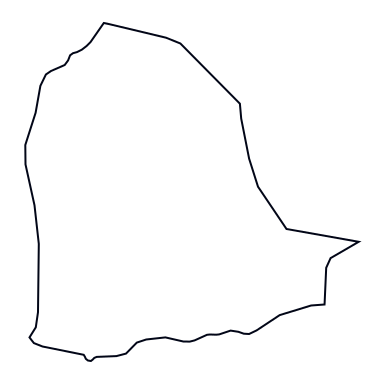 outline of Dikhil
{"feature_id": "DJI-1569", "entity_name": "Dikhil", "entity_type": "Region", "adm_level": 1, "iso_a3": "DJI", "parent_name": "Djibouti", "parent_adm1": "", "projection": "mercator", "projection_center": [42.104, 11.405], "detail": "fine", "context": "isolated", "style": "outline", "palette": "ink", "viewbox_px": 384, "rotation_deg": 0, "n_neighbors": 0, "source": "natural_earth", "source_scale": "10m", "svg_char_len": 861}
<svg xmlns="http://www.w3.org/2000/svg" viewBox="0 0 384 384"><path d="M90.9,361.0L87.9,360.5L85.8,358.8L84.9,356.7L83.7,354.8L42.5,346.5L33.9,343.1L31.3,339.8L29.5,337.4L35.8,327.3L38.0,312.2L38.8,243.9L34.5,205.3L25.5,164.4L25.3,145.0L35.6,112.8L40.4,85.8L45.9,74.5L51.0,71.0L64.7,65.0L68.1,60.4L70.1,55.3L73.0,53.2L77.0,52.1L81.8,49.7L86.6,46.0L90.5,42.1L103.8,23.0L109.5,24.2L166.0,37.7L180.4,43.5L239.9,103.7L241.2,118.6L249.1,158.6L258.0,186.7L286.5,229.0L358.7,241.8L330.6,258.1L326.2,267.8L324.6,303.5L324.5,304.4L324.5,304.5L311.1,305.5L279.7,315.1L256.6,330.4L249.1,334.0L243.8,333.7L238.4,331.8L230.6,330.6L219.2,334.4L216.2,334.7L210.0,334.5L207.0,334.8L194.6,340.4L189.8,341.6L183.3,341.5L165.4,337.4L146.2,339.5L136.8,342.6L126.0,353.6L116.4,356.1L96.7,356.9L94.3,357.9L92.7,359.6L90.9,361.0Z" fill="none" stroke="#020617" stroke-width="2"/></svg>